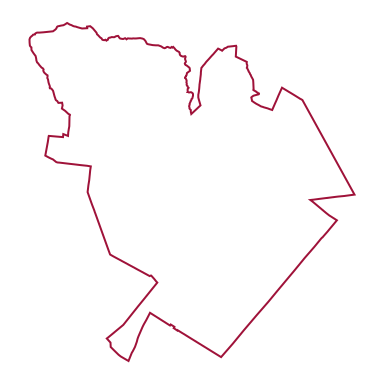 Zapotlán de Juárez, Hidalgo, Mexico
{"feature_id": "50627088B44175413136073", "entity_name": "Zapotlán de Juárez", "entity_type": "district", "adm_level": 2, "iso_a3": "MEX", "parent_name": "Mexico", "parent_adm1": "Hidalgo", "projection": "orthographic", "projection_center": [-98.863, 19.987], "detail": "fine", "context": "isolated", "style": "outline", "palette": "rose", "viewbox_px": 384, "rotation_deg": 0, "n_neighbors": 0, "source": "geoboundaries", "source_scale": "gbopen_adm2", "svg_char_len": 5541}
<svg xmlns="http://www.w3.org/2000/svg" viewBox="0 0 384 384"><path d="M253.1,79.8L252.2,78.1L251.4,76.7L251.0,75.8L250.7,74.9L250.4,74.6L250.0,73.9L249.9,73.6L249.8,73.2L249.3,72.4L249.0,72.0L248.7,71.6L248.6,71.4L248.5,70.9L248.4,70.5L248.1,70.1L248.0,69.9L247.5,68.9L247.3,68.4L247.3,68.2L246.9,68.0L246.8,67.9L247.2,66.5L247.2,66.2L247.3,65.6L247.3,65.2L247.0,64.6L246.8,64.1L246.7,63.6L246.7,63.2L246.8,61.9L241.2,59.2L240.8,59.0L236.2,56.8L235.8,56.6L236.3,47.4L236.4,46.9L236.1,45.8L234.8,45.9L233.6,46.1L229.0,46.6L227.9,46.7L227.0,47.3L226.2,47.8L225.6,48.0L225.2,48.1L224.2,48.6L223.7,49.2L222.8,50.0L222.1,50.7L221.9,50.5L220.3,49.7L219.0,49.0L218.1,48.6L214.3,53.0L213.2,54.3L212.5,55.0L212.0,55.5L210.3,57.4L208.9,59.0L206.3,61.8L204.5,64.2L203.2,65.6L202.3,66.8L201.4,67.9L200.9,72.1L200.8,74.5L200.3,78.6L200.3,78.9L200.3,79.0L200.1,80.4L199.6,84.0L199.5,84.6L199.5,85.0L199.3,87.6L199.2,88.7L198.9,91.4L198.6,93.3L198.3,94.7L198.3,95.4L198.3,96.7L198.3,97.5L198.7,99.1L200.5,105.4L198.1,107.6L197.5,108.2L191.3,114.0L190.8,111.9L190.8,110.0L189.7,108.9L189.4,108.1L189.5,107.3L189.3,106.8L189.1,106.2L189.3,105.5L189.6,105.0L189.7,104.5L189.5,104.0L190.5,101.7L190.6,101.1L191.1,100.7L191.3,99.9L191.5,99.1L192.0,98.8L192.4,98.2L192.7,96.8L193.0,95.8L193.0,94.6L193.0,94.0L192.6,93.2L191.8,92.6L191.0,92.2L189.9,92.3L189.0,92.5L188.0,92.0L187.6,92.0L187.7,91.8L187.7,91.0L187.6,90.2L187.6,89.7L187.7,88.9L188.3,88.4L188.6,87.8L188.1,87.3L187.5,86.5L187.5,86.0L187.0,85.5L186.6,84.8L186.7,84.2L186.8,83.8L186.6,82.8L186.4,82.3L186.6,81.5L186.6,80.5L186.3,79.7L185.8,78.6L185.0,78.0L185.0,77.5L185.4,76.9L186.0,76.4L186.0,75.7L186.5,75.3L187.0,73.0L190.0,70.8L189.8,69.4L189.7,68.2L189.3,67.6L187.3,66.0L186.4,65.3L185.7,65.1L185.1,64.4L184.8,63.5L185.0,63.0L185.5,62.5L185.8,62.0L185.9,61.4L185.5,60.4L185.0,58.9L185.2,58.2L185.5,57.4L185.6,56.7L185.3,56.2L184.7,56.2L183.2,56.6L182.4,56.4L181.8,56.2L181.2,55.9L180.7,55.7L179.9,54.7L179.6,53.4L179.7,53.0L179.1,52.0L177.5,51.1L176.7,50.7L175.3,49.4L174.7,48.5L173.2,46.9L172.3,47.6L171.6,47.0L170.5,47.9L169.2,47.6L168.4,47.2L167.7,46.9L166.9,47.0L166.3,47.3L165.6,47.9L164.5,48.2L163.1,47.7L161.2,46.4L158.2,45.3L155.4,45.3L152.7,45.1L151.1,44.8L148.0,44.2L146.9,43.7L146.1,42.2L145.4,40.9L143.9,39.2L142.6,38.6L140.1,38.1L135.6,38.5L132.9,38.4L132.2,38.6L129.4,38.5L128.4,38.4L127.7,38.4L127.1,38.9L126.5,39.3L126.0,38.8L125.1,38.2L123.9,38.7L123.1,39.0L121.6,38.8L120.1,38.5L119.6,38.0L119.0,37.3L118.6,36.5L118.1,35.9L117.1,36.0L115.6,36.4L114.6,37.1L114.0,37.2L111.5,37.1L110.3,37.6L109.2,37.7L108.2,38.5L107.9,39.7L106.4,40.6L106.1,40.1L105.5,39.7L104.6,40.1L103.8,40.1L103.0,40.0L102.2,39.6L101.5,38.3L100.3,37.6L98.7,35.9L97.8,34.9L97.1,34.4L97.0,34.2L96.5,32.7L92.8,28.3L90.2,26.2L87.0,26.6L87.2,28.2L82.0,28.5L81.5,28.3L80.9,28.2L77.1,27.1L76.1,26.7L75.2,26.5L74.3,26.4L73.1,26.0L71.4,25.1L69.6,24.5L68.2,23.6L67.1,23.0L66.2,23.6L65.3,24.2L63.5,25.2L61.0,25.6L58.4,26.2L57.6,26.4L57.1,26.8L56.8,27.4L56.2,28.7L55.7,29.2L55.2,29.7L53.0,31.3L43.4,32.3L39.3,32.6L37.1,32.6L36.3,32.9L35.1,33.7L35.0,34.4L33.1,34.7L32.4,35.6L31.4,36.3L30.1,37.7L29.5,39.4L29.6,42.8L29.9,45.7L30.6,46.7L31.4,47.4L31.4,48.5L31.5,50.1L33.5,53.2L34.6,54.7L35.6,56.0L36.2,58.7L36.4,60.5L37.1,62.4L38.1,63.3L39.3,65.0L40.6,66.5L41.7,67.7L42.7,68.2L43.6,69.4L43.3,70.5L43.6,71.6L44.4,72.8L45.6,73.9L46.5,74.7L47.5,75.3L47.6,76.0L47.3,78.0L48.0,79.4L48.5,82.3L48.9,83.7L49.6,85.5L49.9,86.7L49.7,87.7L49.9,88.3L51.2,88.5L52.2,89.6L53.1,90.9L54.5,96.2L54.9,97.4L55.4,98.7L55.5,99.4L56.0,100.2L57.3,101.1L57.7,101.8L58.4,102.9L62.1,102.7L62.6,105.4L61.9,108.6L65.2,110.9L68.4,113.9L69.4,114.4L69.9,114.7L70.0,114.9L69.8,115.5L69.5,116.2L69.5,116.8L69.3,126.2L69.0,128.0L68.8,128.9L68.6,130.3L68.3,131.9L68.0,135.9L63.3,134.1L63.0,137.1L48.8,135.9L48.7,136.1L47.8,142.1L45.3,155.6L48.8,157.5L51.7,158.9L52.8,159.3L56.3,162.1L57.7,162.5L59.3,162.6L69.4,163.8L73.0,164.2L80.6,165.1L87.3,165.8L87.8,165.9L90.8,166.4L90.2,170.3L89.8,174.4L89.2,180.3L88.4,185.3L88.1,187.9L87.6,192.1L91.7,203.7L92.3,205.3L92.8,206.6L94.3,210.5L94.9,212.4L95.2,213.1L108.3,249.6L110.1,254.5L113.2,256.3L149.7,276.1L151.0,275.5L151.5,275.9L154.1,278.8L156.1,281.3L157.3,282.6L153.0,287.9L143.5,299.7L138.1,306.3L123.3,324.9L108.7,337.0L106.8,338.5L110.5,342.6L110.7,347.0L113.5,349.8L118.6,354.8L120.8,356.5L128.5,361.0L131.8,352.8L132.8,351.2L135.0,346.9L136.8,341.8L137.6,338.7L138.4,336.5L142.6,326.8L143.8,324.4L146.2,320.2L149.0,314.8L150.0,312.8L170.0,325.5L170.7,324.5L174.4,326.8L174.5,326.9L173.7,328.1L177.4,330.6L177.6,330.2L221.1,357.1L232.8,343.7L243.9,330.2L256.5,315.4L268.5,301.6L277.0,291.3L295.0,269.8L304.5,258.2L314.4,246.8L321.2,238.5L322.2,237.5L322.5,237.4L323.4,236.3L327.0,232.2L327.7,231.4L329.9,228.7L336.9,220.3L329.2,215.4L325.9,212.8L319.6,207.5L312.8,201.8L310.4,200.0L337.7,196.6L344.2,196.0L354.5,194.6L302.4,100.0L301.0,99.2L300.5,98.9L299.7,98.6L299.4,98.3L294.4,95.2L289.8,92.4L288.9,91.9L287.3,90.9L282.0,87.7L278.3,95.9L278.1,96.4L276.3,100.7L275.2,103.1L273.2,107.7L272.2,110.0L269.5,109.1L267.7,108.4L263.8,107.3L262.8,106.9L261.0,106.4L258.8,105.1L256.3,103.8L254.1,102.4L252.0,100.9L251.9,100.0L251.3,97.4L252.1,96.7L253.2,95.9L253.8,95.6L258.7,94.3L258.9,94.1L259.0,93.6L258.9,93.4L258.5,93.3L258.4,93.4L258.3,93.6L258.1,93.6L257.7,92.7L256.8,92.3L256.6,92.1L256.5,91.9L256.0,91.5L255.8,91.5L255.5,91.2L255.2,91.1L254.8,90.9L254.6,90.7L254.2,90.5L253.7,90.3L253.4,90.1L253.4,89.5L253.6,89.4L253.6,89.2L253.3,82.3L253.1,79.8Z" fill="none" stroke="#9f1239" stroke-width="2"/></svg>